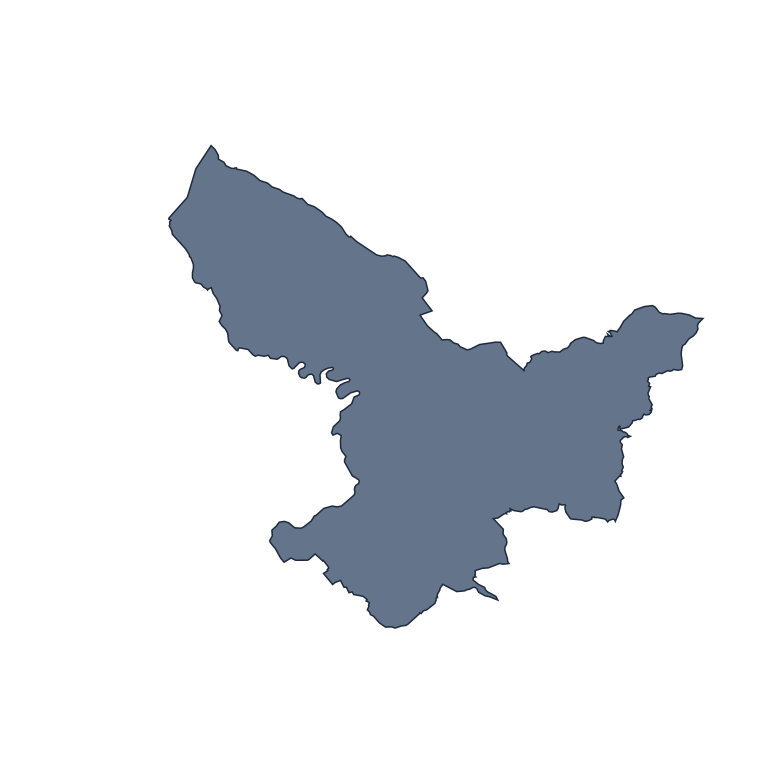 Baraolt, Covasna, Romania, rotated 29°
{"feature_id": "2599482B42421662365067", "entity_name": "Baraolt", "entity_type": "district", "adm_level": 2, "iso_a3": "ROU", "parent_name": "Romania", "parent_adm1": "Covasna", "projection": "equal_earth", "projection_center": [25.601, 46.06], "detail": "fine", "context": "isolated", "style": "filled", "palette": "slate", "viewbox_px": 768, "rotation_deg": 29, "n_neighbors": 0, "source": "geoboundaries", "source_scale": "gbopen_adm2", "svg_char_len": 6170}
<svg xmlns="http://www.w3.org/2000/svg" viewBox="0 0 768 768"><g transform="rotate(29 384 384)"><path d="M588.2,517.8L584.8,515.5L575.4,515.6L572.8,514.9L570.5,513.1L564.1,513.5L556.9,512.2L555.9,509.8L557.9,508.2L556.1,507.2L555.9,505.6L554.3,503.3L554.9,502.3L559.3,497.6L564.4,494.2L572.0,485.0L575.6,483.8L580.4,480.4L578.4,479.4L576.5,476.8L569.9,470.4L568.8,467.4L568.9,465.0L568.1,462.7L566.1,460.2L560.9,457.5L558.8,453.2L544.8,448.8L548.6,446.0L551.9,439.5L553.0,438.3L554.2,438.1L553.3,437.0L554.3,435.5L555.7,435.0L555.5,434.0L556.5,433.4L554.8,431.9L558.7,431.8L565.7,429.3L567.1,427.7L568.0,425.4L570.0,423.8L572.1,420.8L575.0,418.6L587.7,414.7L590.3,415.6L593.1,414.5L596.4,411.1L596.6,408.7L595.3,403.9L597.8,403.8L600.6,402.0L601.7,402.2L601.9,403.8L603.0,405.6L605.3,407.9L612.2,411.4L613.2,411.3L623.0,407.0L626.7,406.5L629.0,404.6L631.2,401.3L630.4,399.8L632.6,398.3L632.9,398.8L635.9,397.1L643.0,394.9L646.5,396.2L646.9,394.3L649.9,391.0L651.7,391.0L652.9,392.0L652.2,384.7L649.6,375.1L647.5,370.6L649.0,367.3L641.7,363.8L636.1,358.7L633.0,357.0L634.6,350.5L636.0,349.9L634.5,348.4L635.3,347.4L635.1,344.8L633.9,344.6L633.6,340.7L630.9,338.4L629.0,334.2L629.0,331.6L623.2,325.7L621.9,321.6L619.2,320.5L618.0,319.1L619.6,313.9L621.5,312.5L623.2,312.6L624.8,310.3L622.3,310.6L620.4,309.5L617.4,309.4L616.4,310.0L614.7,309.5L610.9,310.9L610.2,309.2L610.4,306.7L611.1,306.7L611.5,308.3L612.5,308.9L618.8,303.1L619.9,297.7L619.3,295.5L621.7,293.8L622.9,292.0L625.1,290.9L626.4,288.0L625.8,287.0L626.1,284.3L627.9,284.2L630.6,282.2L631.4,279.3L630.9,277.6L629.5,278.1L629.8,276.6L630.6,275.8L628.8,274.7L628.7,272.2L622.9,268.6L622.0,266.3L621.2,266.1L619.3,263.9L618.5,257.1L616.7,257.8L616.0,254.7L613.1,253.8L613.1,252.2L612.2,250.6L612.9,249.2L617.4,245.8L617.3,244.0L619.1,241.1L621.9,240.2L625.8,234.7L627.9,234.2L629.6,232.5L630.1,231.0L634.3,229.5L637.3,227.1L636.5,223.5L629.3,213.6L627.5,209.3L626.6,205.6L628.0,203.0L628.7,196.9L631.3,191.9L632.2,188.2L631.9,183.6L629.9,181.2L629.5,178.5L631.2,172.1L624.4,175.3L617.7,175.6L610.3,177.8L606.9,179.5L600.6,184.3L594.8,186.6L594.0,187.5L589.8,187.8L584.0,185.3L580.9,185.2L574.1,190.1L567.4,197.7L566.8,202.5L565.6,204.8L563.2,213.0L563.2,218.8L562.5,225.5L560.4,225.7L555.8,227.5L556.0,228.3L554.8,229.3L557.5,229.7L560.3,231.8L559.4,232.6L555.4,232.0L557.4,233.6L554.6,235.0L555.0,240.2L556.0,242.0L553.4,243.8L550.9,244.6L548.4,244.9L546.3,244.3L537.2,245.8L535.3,246.8L529.9,252.4L527.4,258.2L527.7,260.5L527.0,263.5L523.9,266.8L522.3,270.8L517.1,273.5L515.1,273.9L512.2,277.1L509.0,277.0L506.2,279.0L505.0,282.3L503.4,282.9L499.6,287.4L499.1,289.1L500.8,289.9L501.1,292.4L500.9,294.5L499.1,296.4L499.8,298.7L499.0,302.1L500.0,304.4L478.6,299.7L477.2,299.0L476.4,297.2L465.8,291.0L461.6,293.1L448.4,303.2L442.7,311.6L440.2,313.8L432.6,314.5L429.4,313.3L425.1,314.3L420.4,313.4L417.6,314.5L413.6,317.3L405.7,314.4L403.0,314.3L393.6,312.0L382.1,306.3L390.6,296.7L375.6,290.2L377.1,284.2L377.3,281.2L370.6,273.9L366.7,272.2L364.9,273.4L363.6,273.3L343.0,266.2L335.4,266.3L330.8,267.2L330.4,268.1L327.1,268.5L323.9,269.7L323.3,271.1L319.9,273.4L314.9,274.7L291.4,272.8L283.3,270.9L283.3,271.7L282.3,272.4L278.3,271.4L270.7,267.3L264.2,265.7L257.9,265.1L252.0,265.4L246.3,263.7L237.2,262.7L230.2,263.9L222.3,261.4L220.8,262.8L217.7,263.6L214.3,263.2L202.3,265.1L198.4,264.5L190.6,265.9L184.8,264.7L177.0,266.2L169.1,264.5L160.6,264.5L151.4,267.3L150.7,267.5L150.2,266.5L148.9,267.2L148.5,268.2L145.6,269.4L140.0,269.7L136.6,267.7L130.3,267.6L128.1,264.2L122.7,260.9L117.2,259.3L115.1,286.9L121.5,316.2L115.5,342.7L115.7,344.1L118.3,344.1L117.9,346.2L119.2,348.1L119.5,349.8L124.1,352.8L126.2,355.6L144.6,361.9L150.9,365.2L152.3,367.0L153.7,367.1L159.2,371.7L161.2,375.1L162.5,379.5L165.0,384.0L169.0,386.6L170.8,386.7L175.1,385.2L179.5,386.8L182.4,386.7L184.2,387.4L184.3,386.1L186.2,383.5L190.8,387.7L196.2,390.2L203.1,395.7L204.4,399.5L209.2,402.7L209.5,409.2L214.0,411.6L218.6,412.8L222.7,415.4L226.7,421.1L228.3,422.6L238.4,426.1L240.0,425.7L239.4,423.7L240.1,422.4L248.4,419.7L254.9,421.9L257.9,422.1L260.1,419.8L265.8,417.8L268.8,415.0L272.2,416.6L278.6,414.1L281.1,409.3L284.4,408.1L287.2,408.8L292.1,414.1L296.4,415.3L297.5,414.0L299.5,406.7L300.8,405.2L302.7,404.4L305.2,404.7L306.1,406.0L306.3,408.3L303.7,411.7L303.1,413.8L304.1,416.0L306.7,418.1L309.0,418.4L311.6,417.5L312.5,416.1L313.3,412.6L316.0,410.4L318.3,410.9L323.0,415.7L325.7,416.2L327.1,415.4L328.0,413.9L323.6,407.1L323.3,404.0L324.3,401.4L327.2,397.4L330.9,394.4L332.3,395.1L332.3,396.5L329.2,399.7L328.6,403.1L330.7,405.8L333.8,406.6L341.2,404.9L348.8,397.2L350.6,396.2L352.1,396.6L352.1,398.8L348.9,402.1L346.3,406.0L345.0,411.4L345.8,414.2L350.9,418.2L353.0,418.0L354.9,416.7L359.1,407.9L363.9,403.1L365.7,402.7L367.2,403.7L367.4,405.8L364.2,409.9L365.3,417.0L361.2,426.4L359.4,429.3L360.7,432.5L362.4,434.7L363.1,437.7L360.5,445.7L361.7,452.0L364.1,453.5L367.0,449.8L371.5,449.8L373.4,454.7L377.0,460.8L380.0,463.3L385.8,465.8L386.3,469.6L387.3,471.3L400.8,479.7L408.0,480.0L409.3,480.7L410.1,483.3L408.6,486.1L408.5,488.2L409.1,490.3L411.2,493.0L411.7,495.6L406.0,511.3L402.7,514.1L397.8,515.9L391.8,521.8L388.3,531.6L387.0,533.3L386.8,539.0L383.0,548.1L381.4,550.3L375.6,553.1L368.1,551.6L363.6,552.4L359.4,555.6L358.6,560.9L356.8,566.1L360.0,571.1L360.0,576.4L361.4,577.8L368.9,580.7L377.9,586.4L383.0,588.3L387.0,581.3L392.2,581.0L402.5,575.2L403.4,574.0L406.2,566.0L416.3,568.5L416.5,567.7L423.7,570.8L424.9,571.8L424.3,573.9L425.4,574.4L422.9,579.0L436.3,584.3L437.5,581.2L441.2,576.9L447.6,581.2L449.6,580.0L454.6,583.5L456.9,581.3L459.6,582.8L468.7,579.8L473.7,580.8L473.5,582.4L477.2,582.3L477.5,584.7L478.6,585.9L478.9,589.6L481.5,590.2L484.0,592.3L487.3,592.1L495.6,595.1L503.1,595.9L508.5,592.7L512.0,592.1L516.8,587.0L520.3,584.4L521.3,582.6L526.4,567.7L526.2,566.9L527.7,566.8L528.5,563.2L530.9,560.7L534.8,551.4L534.5,548.1L533.5,546.4L533.4,545.1L534.3,544.9L532.7,542.3L532.7,537.1L532.1,535.6L532.5,530.7L548.3,530.3L554.7,525.9L556.9,523.0L558.3,522.2L560.2,519.1L562.0,517.8L564.1,517.9L567.7,520.2L574.8,520.3L579.5,518.9L588.2,517.8Z" fill="#64748b" stroke="#1e293b" stroke-width="1.5"/></g></svg>